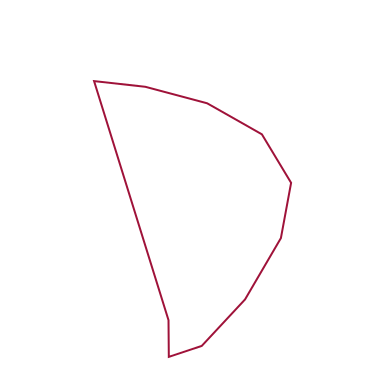 outline of Saint Barthelemy, rotated 244°
{"feature_id": "BLM", "entity_name": "Saint Barthelemy", "entity_type": "country or territory", "adm_level": 0, "iso_a3": "BLM", "parent_name": "North America", "parent_adm1": "", "projection": "orthographic", "projection_center": [-62.844, 17.899], "detail": "fine", "context": "isolated", "style": "outline", "palette": "rose", "viewbox_px": 384, "rotation_deg": 244, "n_neighbors": 0, "source": "natural_earth", "source_scale": "50m", "svg_char_len": 293}
<svg xmlns="http://www.w3.org/2000/svg" viewBox="0 0 384 384"><g transform="rotate(244 192 192)"><path d="M213.2,280.1L156.8,285.1L111.6,251.7L72.2,192.6L49.4,133.3L54.0,98.9L87.1,114.7L334.6,152.6L307.0,196.2L265.1,244.5L213.2,280.1Z" fill="none" stroke="#9f1239" stroke-width="2"/></g></svg>